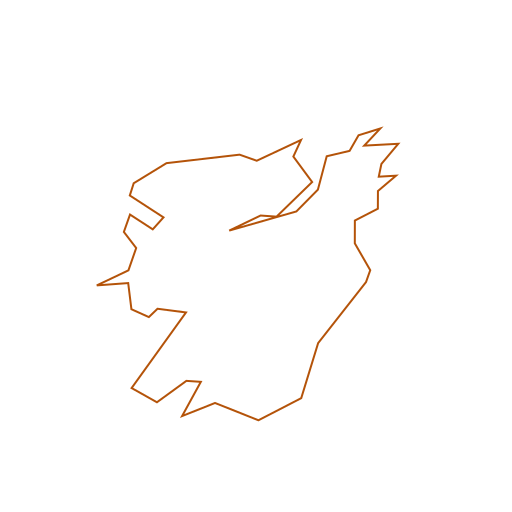 the Metropolitan department of Loire-Atlantique, rotated 138°
{"feature_id": "FRA-5316", "entity_name": "Loire-Atlantique", "entity_type": "Metropolitan department", "adm_level": 1, "iso_a3": "FRA", "parent_name": "France", "parent_adm1": "", "projection": "natural_earth1", "projection_center": [-1.707, 47.343], "detail": "coarse", "context": "isolated", "style": "outline", "palette": "amber", "viewbox_px": 512, "rotation_deg": 138, "n_neighbors": 0, "source": "natural_earth", "source_scale": "10m", "svg_char_len": 762}
<svg xmlns="http://www.w3.org/2000/svg" viewBox="0 0 512 512"><g transform="rotate(138 256 256)"><path d="M200.4,342.3L191.7,326.3L144.9,312.1L161.7,304.9L164.8,273.4L214.4,271.5L225.5,283.0L258.9,292.8L196.2,262.1L165.6,263.9L136.7,282.8L116.1,271.5L99.0,277.1L78.3,267.6L101.7,265.6L75.2,244.2L101.2,240.5L111.7,232.8L98.2,222.0L121.9,222.7L133.8,209.6L158.8,216.2L174.1,199.3L180.6,169.0L191.7,163.0L268.1,149.7L317.5,120.1L364.1,132.3L384.8,174.2L418.0,186.5L381.2,199.4L391.3,209.8L427.5,213.6L436.8,241.1L345.8,260.9L364.5,282.7L376.5,282.3L384.2,299.8L369.1,321.4L394.0,340.7L360.4,330.7L339.7,342.1L338.1,362.3L321.9,371.1L314.9,344.9L298.9,346.6L309.3,385.4L298.2,391.9L260.4,384.9L200.4,342.3Z" fill="none" stroke="#b45309" stroke-width="2"/></g></svg>